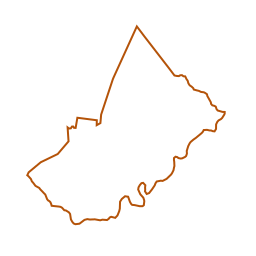 Porto Alegre do Piauí, Piauí, Brazil (Albers equal-area conic projection), rotated 187°
{"feature_id": "56859067B75829579303444", "entity_name": "Porto Alegre do Piauí", "entity_type": "district", "adm_level": 2, "iso_a3": "BRA", "parent_name": "Brazil", "parent_adm1": "Piauí", "projection": "albers", "projection_center": [-44.088, -6.981], "detail": "fine", "context": "isolated", "style": "outline", "palette": "amber", "viewbox_px": 256, "rotation_deg": 187, "n_neighbors": 0, "source": "geoboundaries", "source_scale": "gbopen_adm2", "svg_char_len": 2052}
<svg xmlns="http://www.w3.org/2000/svg" viewBox="0 0 256 256"><g transform="rotate(187 128 128)"><path d="M34.0,155.7L36.2,155.5L41.1,156.3L42.4,157.5L43.5,159.9L45.0,160.5L47.1,160.8L48.5,162.1L48.9,163.6L53.2,169.5L53.7,171.1L55.7,172.2L57.1,172.7L59.9,172.7L62.2,173.5L64.1,173.7L66.1,174.0L67.4,174.2L68.1,175.5L69.9,176.8L72.0,177.9L73.5,179.7L74.6,182.3L75.8,183.5L77.5,186.2L79.3,186.1L80.8,187.0L82.6,186.7L83.8,185.7L86.1,185.6L88.3,185.8L94.0,191.7L122.9,220.9L131.6,229.9L148.5,176.3L149.0,174.5L156.3,138.0L156.1,132.9L156.0,129.5L159.4,127.0L159.9,131.9L179.5,132.0L180.0,121.7L181.6,121.6L182.6,122.8L183.8,122.6L184.7,120.7L186.5,120.3L188.0,121.2L185.4,107.5L194.6,93.6L210.4,83.4L221.2,71.9L222.2,68.8L220.9,68.0L218.1,65.5L216.9,63.3L215.7,62.3L214.8,61.4L212.8,59.3L210.6,58.4L208.8,57.7L207.6,56.4L205.1,54.4L203.7,53.2L202.0,51.9L199.6,47.5L198.5,46.4L197.1,45.8L195.9,44.8L194.9,43.0L194.3,41.5L192.1,41.5L187.0,41.6L185.3,41.5L183.7,40.8L181.2,38.6L179.6,38.6L176.4,37.1L175.0,35.6L173.5,30.3L171.9,28.1L170.3,26.6L168.5,26.1L164.5,27.1L160.0,31.5L157.3,32.6L154.7,32.5L149.8,33.3L144.4,33.0L142.2,33.9L137.6,34.1L136.0,35.6L135.3,36.9L133.9,37.8L129.7,37.3L127.8,39.9L126.6,44.3L126.3,46.9L126.9,53.9L125.5,56.8L122.6,59.9L119.5,59.8L117.1,55.0L115.6,53.0L114.5,52.2L112.1,52.3L106.7,51.8L104.0,52.2L102.9,53.3L102.9,57.2L103.2,58.4L104.3,60.7L107.7,63.7L110.4,68.2L110.3,70.4L109.3,72.8L107.9,74.9L106.3,75.4L103.8,73.3L103.8,71.1L103.4,68.8L103.4,67.2L101.4,64.8L99.1,66.0L96.7,70.0L94.5,74.3L94.0,76.4L93.0,78.4L89.0,79.7L87.2,79.7L83.5,82.2L79.6,87.0L78.8,88.5L77.7,91.6L77.5,94.5L77.3,95.9L78.0,100.1L78.5,101.9L78.7,103.8L77.3,105.3L75.5,105.1L74.3,104.3L72.0,104.1L70.5,104.5L67.9,106.2L66.9,107.3L66.4,109.8L66.9,112.4L66.0,117.4L64.9,120.4L64.1,121.8L61.6,124.5L59.6,126.3L54.2,132.0L53.2,133.5L52.6,135.2L49.3,135.8L46.8,135.5L45.3,135.7L43.6,135.2L41.7,135.2L40.5,137.8L41.0,142.3L40.1,145.0L39.0,146.6L36.9,148.1L35.8,149.4L34.2,152.8L33.8,154.0L34.0,155.7Z" fill="none" stroke="#b45309" stroke-width="2"/></g></svg>